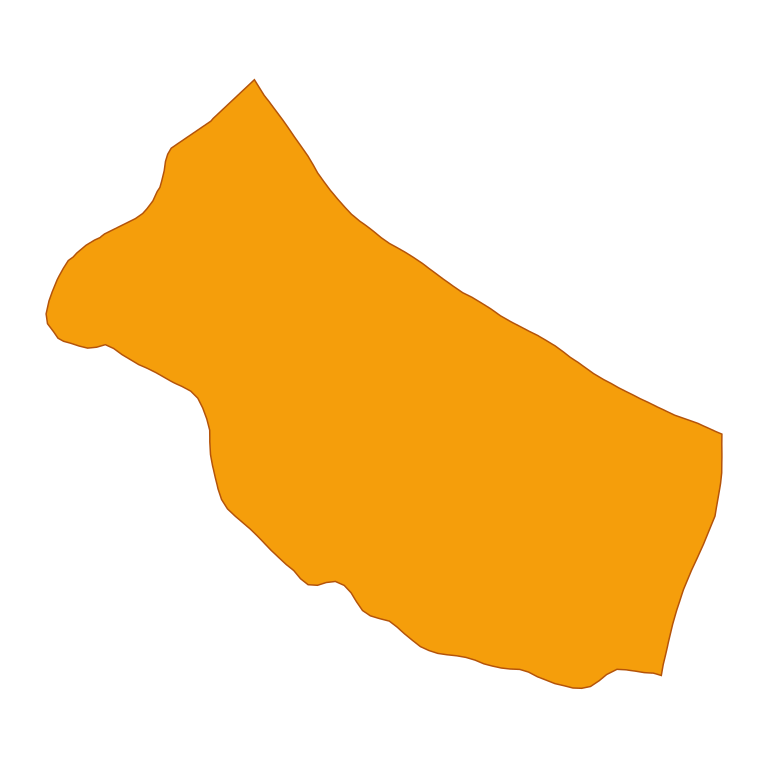 outline of Yab'uth, Hadramawt, Yemen
{"feature_id": "15242507B24297046109512", "entity_name": "Yab'uth", "entity_type": "district", "adm_level": 2, "iso_a3": "YEM", "parent_name": "Yemen", "parent_adm1": "Hadramawt", "projection": "equal_earth", "projection_center": [47.741, 14.778], "detail": "fine", "context": "isolated", "style": "filled", "palette": "amber", "viewbox_px": 768, "rotation_deg": 0, "n_neighbors": 0, "source": "geoboundaries", "source_scale": "gbopen_adm2", "svg_char_len": 3416}
<svg xmlns="http://www.w3.org/2000/svg" viewBox="0 0 768 768"><path d="M254.4,79.7L213.2,118.4L210.9,121.1L178.0,143.5L171.2,148.2L167.7,154.2L165.5,161.3L164.2,170.8L161.6,181.4L159.9,187.4L157.2,191.5L152.9,200.9L147.0,208.7L142.7,213.5L135.4,218.6L104.6,233.9L101.2,236.5L100.2,237.5L94.5,240.1L86.1,245.2L80.5,249.9L76.7,253.1L73.2,257.0L68.3,260.5L63.3,268.4L59.2,275.8L57.2,279.7L55.1,284.8L52.2,291.9L49.0,300.9L46.1,313.9L47.5,323.7L53.7,331.9L58.0,338.2L63.6,341.3L70.2,343.1L72.4,343.8L79.0,346.0L84.3,347.3L87.6,348.1L92.9,347.6L96.7,347.2L104.9,344.8L105.4,344.7L111.5,347.5L113.7,348.5L114.1,348.8L122.0,354.6L130.7,359.8L132.4,360.8L138.7,364.6L146.4,367.9L147.0,368.2L155.9,372.6L164.5,377.5L170.8,381.1L173.6,382.6L176.3,383.9L181.9,386.4L190.7,391.1L192.1,392.5L197.8,398.2L202.7,407.9L206.8,419.0L209.7,430.2L209.8,437.4L209.8,441.8L210.5,454.5L211.0,457.4L212.6,466.0L213.3,468.8L215.2,477.2L217.1,484.8L218.0,488.8L220.6,496.6L221.5,499.4L227.5,508.9L235.0,516.0L235.8,516.7L242.4,522.3L247.4,526.6L249.9,528.7L257.1,535.7L264.0,542.8L264.2,543.1L264.3,543.2L264.8,543.7L271.3,550.5L275.9,554.8L278.6,557.4L286.2,564.5L293.8,570.6L299.7,577.7L300.5,578.7L308.1,584.7L317.5,585.3L326.3,582.5L334.1,581.6L335.3,581.4L335.7,581.6L344.2,585.4L351.1,592.8L355.0,599.3L356.6,601.9L362.5,610.5L370.3,615.8L378.5,618.3L380.3,618.8L389.3,621.1L391.4,622.7L397.0,627.0L401.5,631.1L404.5,633.8L412.4,640.3L420.4,646.6L428.9,650.5L437.8,653.4L446.6,654.7L456.8,655.8L465.9,657.4L475.0,660.1L478.6,661.6L483.8,663.8L487.9,664.9L492.5,666.1L497.2,667.1L501.2,668.0L510.1,669.0L515.0,669.2L519.7,669.4L522.4,670.2L528.6,672.1L537.5,676.8L545.0,679.7L546.3,680.2L547.8,680.8L554.9,683.6L563.9,685.7L569.0,687.0L572.9,688.0L581.7,688.3L590.5,686.5L598.6,681.1L599.1,680.8L600.3,679.8L606.7,674.5L617.0,669.3L618.3,669.4L626.1,669.8L630.6,670.5L635.2,671.1L644.2,672.6L650.6,673.0L653.2,673.1L656.1,673.9L661.3,675.5L663.2,664.6L665.6,654.7L667.5,646.4L668.1,643.5L668.5,641.7L670.5,633.3L672.7,624.1L676.0,612.6L676.8,609.9L679.5,601.8L682.1,593.7L683.5,589.5L688.0,578.7L691.5,570.3L695.8,561.1L697.2,558.1L699.5,553.0L703.5,544.2L707.5,534.4L711.5,524.6L715.0,516.1L716.5,506.9L716.7,505.9L718.6,495.0L720.0,486.9L720.6,483.1L721.7,472.9L721.8,463.0L721.9,457.7L721.9,453.5L721.8,444.0L721.9,434.1L717.3,432.2L715.9,431.6L707.4,427.7L703.1,425.8L698.0,423.4L691.0,420.9L683.0,418.1L677.0,416.0L674.7,415.2L665.9,411.0L663.5,409.8L657.6,407.1L649.0,402.8L640.0,398.6L637.9,397.5L633.3,395.1L631.5,394.2L626.0,391.5L618.5,387.7L611.0,383.4L603.7,379.6L593.6,373.6L585.4,367.7L582.6,365.7L578.1,362.4L574.8,360.3L570.1,357.2L563.9,352.3L554.9,345.7L552.8,344.5L545.6,340.1L539.4,336.5L537.8,335.5L536.1,334.7L529.2,331.3L519.9,326.4L512.9,322.8L510.3,321.4L500.5,315.8L490.7,308.8L480.6,302.5L474.3,298.7L472.0,297.3L462.7,292.7L453.1,286.1L449.8,283.7L443.3,279.1L433.0,271.4L428.9,268.4L422.4,263.4L418.2,260.6L413.6,257.5L405.8,252.6L404.1,251.6L396.5,247.3L389.5,243.5L382.1,238.3L381.5,237.9L373.5,231.3L370.3,228.8L366.2,225.7L365.1,224.9L359.8,221.2L354.1,216.4L351.5,214.3L345.6,208.0L344.5,206.8L337.6,199.0L332.2,192.5L330.4,190.4L323.7,181.4L319.5,175.5L317.8,173.2L315.9,169.8L313.2,164.9L309.5,158.7L308.1,156.3L301.6,147.0L294.5,137.0L287.5,126.7L282.7,119.9L280.6,117.1L274.4,108.8L270.9,104.1L269.3,101.9L265.8,97.5L264.1,95.3L254.4,79.7Z" fill="#f59e0b" stroke="#b45309" stroke-width="1.5"/></svg>